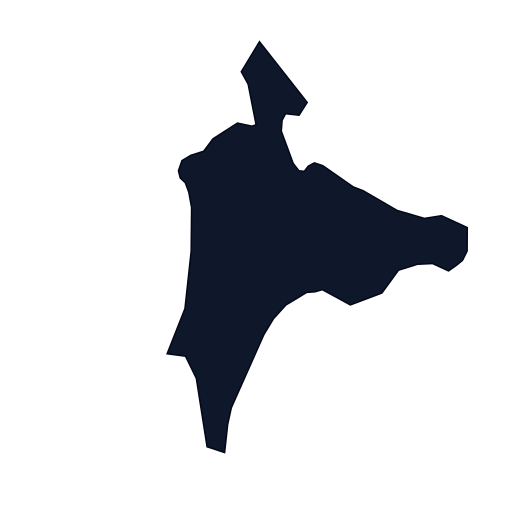 map outline of Vrhnika (Albers equal-area conic projection), rotated 45°
{"feature_id": "SVN-1004", "entity_name": "Vrhnika", "entity_type": "Municipality", "adm_level": 1, "iso_a3": "SVN", "parent_name": "Slovenia", "parent_adm1": "", "projection": "albers", "projection_center": [14.296, 45.95], "detail": "fine", "context": "isolated", "style": "filled", "palette": "ink", "viewbox_px": 512, "rotation_deg": 45, "n_neighbors": 0, "source": "natural_earth", "source_scale": "10m", "svg_char_len": 852}
<svg xmlns="http://www.w3.org/2000/svg" viewBox="0 0 512 512"><g transform="rotate(45 256 256)"><path d="M183.6,111.2L186.9,126.0L176.3,134.5L178.5,141.6L185.6,149.8L216.8,164.2L226.1,165.4L230.3,161.9L229.4,155.6L231.4,148.9L239.3,144.9L275.8,138.4L285.8,134.0L323.5,124.0L348.5,110.3L358.7,96.3L385.3,86.5L401.8,103.2L405.1,113.0L404.4,120.2L402.7,130.4L386.2,136.5L376.0,147.7L366.8,165.3L371.2,193.1L357.3,223.9L326.7,232.9L323.1,239.5L317.6,245.9L311.8,269.5L312.7,287.9L317.2,306.1L345.9,380.8L355.0,395.0L372.8,417.2L356.3,425.5L300.3,384.7L277.0,376.7L262.3,388.0L243.0,343.5L206.8,298.5L176.2,267.3L163.3,258.4L154.2,254.2L147.3,254.4L140.9,250.6L136.2,240.9L138.7,230.9L144.9,218.9L142.7,203.5L148.9,175.1L161.4,167.0L163.2,163.1L129.0,140.1L115.3,136.1L106.9,102.0L183.6,111.2Z" fill="#0f172a" stroke="#020617" stroke-width="1.5"/></g></svg>